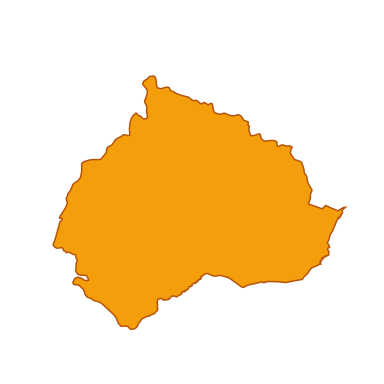 Phu Phan, Sakon Nakhon, Thailand, rotated 168°
{"feature_id": "78962969B29129628084941", "entity_name": "Phu Phan", "entity_type": "district", "adm_level": 2, "iso_a3": "THA", "parent_name": "Thailand", "parent_adm1": "Sakon Nakhon", "projection": "albers", "projection_center": [103.896, 16.916], "detail": "fine", "context": "isolated", "style": "filled", "palette": "amber", "viewbox_px": 384, "rotation_deg": 168, "n_neighbors": 0, "source": "geoboundaries", "source_scale": "gbopen_adm2", "svg_char_len": 5922}
<svg xmlns="http://www.w3.org/2000/svg" viewBox="0 0 384 384"><g transform="rotate(168 192 192)"><path d="M215.7,310.7L216.3,310.2L217.1,309.1L217.7,308.1L217.7,307.3L214.9,301.8L214.7,300.1L214.9,299.0L216.4,295.6L219.4,290.9L219.6,290.2L219.3,288.5L218.6,286.5L218.5,285.1L218.8,283.2L219.8,279.8L219.7,276.3L219.9,275.4L220.5,274.2L221.5,273.5L222.3,273.3L224.0,273.5L224.7,273.8L225.1,274.4L225.9,276.0L227.2,277.2L228.9,278.5L229.9,280.5L230.4,280.8L230.8,280.7L233.3,279.2L235.4,277.3L236.2,276.3L237.9,273.5L240.2,266.4L240.9,260.9L241.4,260.5L242.4,260.5L245.9,261.9L247.6,262.1L249.9,260.9L252.7,260.4L256.2,259.0L260.1,255.1L261.6,254.3L264.3,253.7L265.3,253.2L266.8,251.2L267.6,248.5L271.5,245.2L274.5,242.9L276.7,243.1L282.1,244.3L285.7,244.6L291.5,244.1L293.1,243.4L293.8,242.7L294.3,241.5L294.5,240.7L294.4,240.2L295.6,235.2L298.0,229.4L298.8,228.7L300.2,227.8L301.5,226.4L303.8,225.9L306.0,224.7L306.8,224.2L310.6,218.8L314.0,215.8L314.7,213.9L316.2,212.3L316.4,211.8L316.4,210.0L316.1,207.6L317.0,205.7L318.8,203.1L324.1,197.6L325.6,196.3L326.8,194.6L327.0,194.1L326.8,193.9L324.6,193.1L324.6,192.2L327.1,190.4L328.0,189.1L334.5,176.4L336.6,172.7L338.6,169.8L338.8,169.0L338.8,168.7L337.3,166.4L336.3,165.3L335.8,165.1L330.9,164.7L330.0,163.2L329.8,161.4L329.0,161.2L328.5,160.8L328.2,160.1L327.9,159.0L327.7,158.8L327.3,158.7L325.7,159.1L325.0,159.0L323.4,157.4L321.6,156.0L320.8,155.5L320.0,155.5L319.2,154.6L318.8,153.7L319.2,152.1L318.5,149.0L318.6,148.4L320.0,146.5L320.5,145.3L320.8,143.0L322.0,139.7L322.1,139.0L321.7,137.0L320.5,135.1L319.4,134.3L318.2,133.8L313.7,132.7L313.0,132.2L312.5,131.6L312.1,130.7L311.4,127.7L311.6,127.1L312.9,127.1L315.6,128.1L316.4,128.7L316.9,129.6L318.8,131.1L321.1,132.2L322.1,132.4L323.6,132.1L325.3,131.1L327.2,128.5L327.4,127.6L327.0,126.5L326.0,125.7L324.3,125.4L322.1,124.3L321.3,123.4L319.9,121.2L318.6,119.8L318.4,119.3L317.9,114.6L317.2,112.6L316.2,110.8L313.2,109.0L310.0,105.8L309.1,105.6L307.5,104.8L304.9,103.0L303.9,102.1L302.7,100.7L294.3,88.7L293.4,87.1L292.7,85.6L292.3,84.3L291.4,79.3L291.0,78.3L289.3,75.4L283.9,74.4L283.3,74.1L282.6,73.6L282.0,72.8L281.3,71.0L280.1,70.4L279.1,70.2L276.5,70.2L275.4,70.6L274.2,71.3L273.4,72.0L271.8,74.5L269.1,76.4L268.1,77.9L266.0,78.7L261.7,79.7L260.9,79.7L260.0,79.4L257.9,80.4L256.8,80.5L256.2,80.4L253.3,81.3L252.6,82.1L250.8,83.1L250.5,83.7L249.7,84.4L249.9,86.9L249.0,88.8L249.2,89.3L249.1,90.3L249.3,90.8L248.7,91.3L248.6,92.8L247.7,94.1L245.9,94.2L245.3,94.6L244.9,94.5L244.1,94.1L243.0,93.1L242.2,92.0L241.1,92.3L239.7,91.8L239.3,91.9L238.0,91.8L237.2,92.2L236.9,91.8L236.0,92.4L235.7,92.9L233.3,94.3L231.3,94.0L229.6,93.1L229.2,92.7L228.7,92.6L226.5,93.6L224.1,94.1L223.3,94.6L223.1,94.8L222.8,96.1L222.5,96.3L221.5,96.6L221.0,96.0L220.7,96.0L219.7,96.1L219.8,96.6L219.4,96.6L219.2,97.0L218.1,96.7L217.4,97.6L216.4,97.7L215.1,98.6L214.6,99.8L212.8,99.8L211.2,100.6L211.3,101.5L211.0,101.7L209.1,102.4L208.1,102.0L207.8,102.4L207.7,102.0L207.3,102.1L206.7,102.6L206.2,102.7L205.8,103.0L205.8,103.4L205.1,103.8L204.8,103.7L204.8,104.2L204.4,104.2L203.8,104.8L203.4,104.6L203.2,105.0L202.8,104.9L202.6,105.1L202.1,104.9L201.9,105.3L201.4,105.3L200.9,105.7L201.1,106.3L200.3,107.3L200.4,107.7L198.9,107.8L197.9,108.5L195.4,109.2L194.3,109.2L193.3,108.8L190.1,106.4L187.9,105.2L186.2,104.8L182.4,104.7L180.1,103.8L175.3,101.3L174.4,100.7L171.8,98.3L169.5,95.7L167.6,93.9L166.1,91.9L163.3,89.0L162.1,88.2L161.6,88.0L156.5,89.3L145.6,89.4L144.0,89.8L141.7,89.0L141.4,88.5L141.1,88.7L139.0,88.3L138.7,88.7L136.0,88.6L125.5,86.1L119.2,83.9L109.2,83.9L102.8,83.5L101.9,83.9L100.0,85.7L95.8,88.4L92.2,91.9L91.1,92.7L89.9,93.1L83.1,94.4L82.3,95.1L81.5,94.8L81.1,94.8L81.5,95.4L80.8,96.1L80.8,96.8L80.5,97.0L81.0,97.2L81.0,97.9L80.4,98.3L79.8,98.4L79.2,99.2L78.4,98.9L78.5,99.4L78.0,99.5L77.8,100.6L77.3,100.7L77.1,100.3L76.1,101.0L75.6,101.0L75.5,101.3L75.2,100.9L74.9,101.3L74.4,101.5L73.8,101.4L73.3,102.1L73.0,102.1L72.8,101.6L72.5,101.5L71.7,101.8L71.3,102.2L70.6,104.7L70.7,106.1L71.4,107.0L71.0,108.5L70.6,108.9L69.0,109.2L68.8,109.6L69.3,110.8L69.2,112.2L70.2,113.5L70.2,114.1L68.1,116.7L65.7,121.4L65.0,122.4L63.4,123.7L61.9,125.6L57.1,132.8L54.7,135.6L54.5,136.3L53.5,135.8L53.1,135.9L53.3,136.2L53.2,136.8L51.5,137.4L51.2,138.0L51.4,138.6L50.8,138.5L50.5,138.7L50.2,139.6L49.1,140.3L49.0,142.3L48.8,142.8L47.7,143.7L45.2,145.1L47.2,145.3L48.1,145.1L52.3,143.5L53.3,143.4L59.0,147.2L63.9,151.0L67.5,148.9L68.4,148.6L80.3,155.9L80.4,156.5L77.9,160.5L77.4,161.6L76.5,165.4L75.9,166.4L74.4,168.3L74.3,169.6L75.6,173.0L76.7,176.9L76.8,180.2L76.5,183.5L77.6,185.9L78.2,188.0L77.9,190.1L77.9,192.7L78.6,197.9L79.1,198.7L80.5,199.9L85.0,202.4L86.6,206.3L87.5,209.2L87.5,210.6L86.6,212.5L84.8,215.1L84.9,215.5L87.0,216.8L90.9,217.5L92.4,218.7L93.5,219.1L95.2,219.3L97.4,218.6L98.7,218.6L98.9,218.9L99.1,220.4L98.7,222.4L98.7,223.4L99.0,223.9L100.0,224.6L101.8,225.5L102.9,225.8L110.4,226.7L111.3,227.2L113.3,230.4L113.2,234.0L113.5,234.5L114.3,234.8L115.8,234.9L118.9,234.4L120.8,234.4L122.0,234.7L122.7,235.2L123.2,236.5L123.5,240.2L123.2,242.2L122.3,244.1L122.4,244.6L123.2,245.8L123.4,246.4L122.6,247.4L122.5,248.6L123.0,249.3L123.5,249.7L124.9,250.3L126.1,251.3L126.7,252.2L127.5,254.7L128.1,255.8L129.2,257.1L130.7,257.9L132.2,258.0L134.5,257.7L136.2,258.0L139.5,259.3L142.6,261.6L143.7,262.2L144.6,262.4L148.0,262.2L149.0,262.4L150.1,262.9L152.9,264.7L153.6,265.5L154.0,267.5L154.1,268.8L153.8,273.8L154.6,274.7L155.7,274.7L157.7,274.0L158.2,274.0L158.7,274.3L160.4,276.4L161.6,277.0L163.6,276.4L165.2,276.4L166.4,278.3L168.6,280.8L171.1,281.0L172.0,281.3L172.8,281.9L174.8,284.5L176.2,285.7L182.2,288.7L186.0,291.0L189.7,294.3L191.4,295.2L192.2,296.3L192.6,298.6L193.8,299.6L197.5,299.9L200.5,299.4L203.4,300.6L204.2,301.6L204.5,302.8L203.9,309.6L204.1,311.6L204.6,312.7L205.1,313.3L205.5,313.5L209.2,313.8L209.9,313.6L212.0,312.0L215.7,310.7Z" fill="#f59e0b" stroke="#b45309" stroke-width="1.5"/></g></svg>